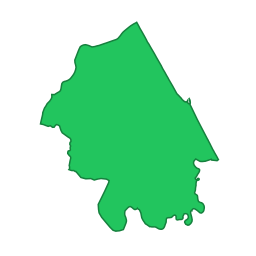 Sai Buri, Pattani, Thailand, rotated 354°
{"feature_id": "78962969B50948303321552", "entity_name": "Sai Buri", "entity_type": "district", "adm_level": 2, "iso_a3": "THA", "parent_name": "Thailand", "parent_adm1": "Pattani", "projection": "equal_earth", "projection_center": [101.61, 6.703], "detail": "fine", "context": "isolated", "style": "filled", "palette": "green", "viewbox_px": 256, "rotation_deg": 354, "n_neighbors": 0, "source": "geoboundaries", "source_scale": "gbopen_adm2", "svg_char_len": 5909}
<svg xmlns="http://www.w3.org/2000/svg" viewBox="0 0 256 256"><g transform="rotate(354 128 128)"><path d="M182.9,216.9L183.2,216.2L183.3,216.0L183.6,215.7L184.2,215.3L184.5,215.1L184.8,215.1L185.4,215.2L186.0,215.5L186.7,216.0L187.4,216.5L188.5,217.5L190.0,219.1L190.5,219.7L191.2,220.0L191.7,220.2L192.2,220.2L192.5,220.1L193.0,219.8L194.0,219.1L194.3,218.8L194.6,218.2L194.9,217.6L195.1,216.9L195.5,215.4L195.6,214.5L195.5,213.9L195.5,213.4L195.3,212.8L195.1,212.3L194.9,211.8L194.6,211.2L194.1,210.7L193.5,210.1L191.9,209.5L191.1,209.0L190.7,208.6L190.4,208.2L190.2,207.6L190.0,206.0L190.0,205.3L190.0,204.3L190.0,203.2L189.9,202.7L189.9,202.4L189.7,202.1L189.5,201.9L189.0,201.4L188.4,201.0L188.0,200.6L187.7,200.2L187.6,199.9L187.5,199.6L187.5,199.3L187.6,199.0L188.4,197.2L188.6,196.5L188.9,194.6L189.7,192.0L189.7,191.7L189.8,190.5L190.0,189.7L190.2,188.9L190.4,188.3L190.7,187.8L191.0,187.5L191.5,187.3L192.6,187.2L192.8,187.1L193.0,187.0L193.3,186.8L193.4,186.5L193.4,186.1L193.3,185.8L192.9,185.5L192.6,185.4L192.3,185.4L192.1,185.5L191.5,186.1L190.9,186.5L190.7,186.5L190.4,186.4L190.0,186.1L189.8,185.8L189.6,185.0L189.6,184.8L189.7,184.6L190.6,183.9L190.8,183.7L192.3,181.5L193.8,179.7L194.5,178.5L194.7,177.9L194.8,177.4L194.8,176.9L194.7,176.7L194.5,176.4L194.3,176.2L193.9,175.9L192.6,175.3L192.1,174.9L191.7,174.5L191.1,173.8L190.5,172.9L190.2,172.4L189.9,171.8L189.7,171.1L189.6,170.6L189.5,170.1L189.6,169.5L189.6,169.1L189.8,168.4L190.0,168.0L190.7,167.2L192.1,165.9L196.3,168.8L198.3,169.1L201.5,169.1L207.5,167.8L207.8,168.6L213.2,169.8L214.6,168.9L213.2,165.4L211.4,161.4L210.8,159.8L210.0,158.1L209.1,155.6L208.8,154.9L207.9,152.4L206.6,149.2L206.4,148.5L205.8,147.2L197.8,126.9L193.9,116.0L193.2,114.0L192.6,112.4L192.2,111.5L192.2,111.1L192.6,109.4L192.6,108.5L192.6,107.3L192.3,106.0L192.0,105.5L191.9,105.2L191.7,105.4L191.9,105.8L192.2,106.7L192.3,108.5L192.3,109.4L192.1,110.4L192.0,110.8L190.4,109.8L190.3,109.5L190.2,109.2L190.0,108.7L189.8,108.6L189.8,108.4L189.8,108.2L190.3,107.2L190.2,106.9L189.3,108.3L189.1,108.4L188.4,108.0L187.9,108.1L187.6,108.1L187.3,107.8L186.9,107.4L186.5,107.3L185.7,106.3L184.9,105.5L184.1,104.0L182.7,102.2L181.5,100.6L180.6,99.6L180.0,98.6L178.4,94.8L178.0,93.8L177.8,93.4L176.9,91.2L173.6,83.9L173.0,82.3L172.3,80.8L171.8,79.7L170.3,76.1L168.9,73.1L168.2,71.3L167.6,69.6L166.8,67.8L163.5,60.4L162.1,57.0L160.5,53.5L158.6,49.3L157.5,46.7L156.2,44.3L155.6,42.5L154.1,38.8L151.9,33.7L150.2,30.0L149.5,28.1L147.7,23.8L146.7,24.3L144.8,25.0L141.7,26.5L140.0,27.5L134.8,30.9L132.9,32.3L131.3,33.9L130.2,35.2L127.5,37.8L125.8,38.7L120.6,39.9L115.2,41.2L113.2,41.6L107.7,42.9L105.7,43.1L103.7,43.5L102.1,43.6L100.6,43.6L97.6,41.9L95.9,41.2L94.4,40.7L92.3,40.8L90.7,41.3L89.1,42.1L87.7,44.3L86.7,46.1L82.2,54.9L82.1,57.5L82.5,59.8L82.7,62.2L82.0,64.5L81.0,66.7L80.0,68.3L78.8,69.8L77.2,71.5L75.8,72.9L74.2,73.9L72.7,74.5L71.1,74.9L69.4,75.1L68.6,75.5L67.9,75.7L66.8,77.1L66.1,79.5L65.6,81.6L64.7,83.8L63.1,84.9L61.6,85.5L58.3,87.1L55.7,86.7L55.5,89.4L54.6,91.1L53.2,92.8L51.8,94.0L50.2,95.3L48.6,97.6L47.0,99.5L44.9,103.7L44.4,106.0L42.3,112.0L41.4,114.8L44.2,115.7L46.5,116.9L48.8,118.0L51.0,117.6L53.0,119.4L54.6,119.5L55.8,118.1L57.2,117.1L58.7,117.7L60.1,118.7L60.6,121.1L61.1,123.4L62.1,125.9L66.1,129.5L67.7,130.9L69.1,131.9L69.9,133.3L69.9,135.1L69.7,135.7L68.9,136.2L68.5,137.7L68.5,138.5L69.0,139.5L69.0,140.2L68.7,140.6L68.4,141.7L68.4,143.1L68.4,143.7L67.8,144.4L66.2,144.6L65.8,145.2L65.5,146.2L65.4,147.1L66.8,149.4L67.6,150.2L67.9,151.0L67.9,151.8L67.8,152.1L67.8,152.3L67.0,154.5L65.7,158.9L65.6,159.1L65.8,160.2L65.7,162.0L65.3,162.8L64.9,163.2L67.4,164.4L69.8,164.7L71.0,165.8L71.7,165.9L76.0,172.3L80.6,174.1L85.8,174.4L89.0,176.2L92.5,175.6L95.9,175.4L101.3,176.6L103.1,177.9L103.7,178.3L103.0,180.4L98.2,188.5L90.4,200.9L90.2,205.9L90.4,209.4L92.5,214.1L96.2,219.6L99.8,224.9L102.4,228.1L105.0,229.3L108.9,229.3L112.8,228.5L114.5,225.3L116.2,222.0L116.4,221.3L116.7,220.6L116.8,219.3L116.7,218.8L116.6,218.0L116.4,216.7L115.8,214.7L115.7,213.8L115.7,213.5L115.9,211.7L116.1,211.1L116.3,210.3L116.5,209.9L116.7,209.7L118.2,208.4L119.1,207.6L120.2,206.8L120.6,206.6L121.3,206.4L121.8,206.4L122.2,206.4L122.8,206.8L123.7,207.5L125.3,209.2L126.0,209.7L126.5,209.8L126.9,209.8L127.4,209.7L128.1,209.4L128.8,208.9L128.8,209.1L130.8,210.5L131.9,213.8L132.3,218.7L133.2,221.1L133.6,221.9L134.5,223.5L135.1,224.8L135.4,225.2L136.3,225.8L137.0,226.4L138.5,227.7L139.2,228.4L139.6,228.3L140.7,228.7L141.7,228.9L144.0,229.1L144.7,229.3L145.1,229.4L145.5,229.6L146.0,230.0L147.4,231.0L148.3,231.6L149.1,231.9L149.5,232.0L150.6,232.2L151.4,232.1L151.9,232.0L152.2,231.8L152.8,231.4L153.2,231.0L153.8,230.2L154.3,229.3L154.8,228.1L155.9,226.0L156.1,225.5L156.2,224.8L156.4,223.3L156.6,222.6L156.9,222.1L157.3,221.7L157.7,221.5L158.3,221.4L159.5,221.5L161.0,221.5L161.6,221.5L162.3,221.2L163.5,220.2L164.0,219.9L164.4,219.7L164.9,219.5L165.4,219.5L165.8,219.7L166.1,219.9L166.3,220.2L166.5,220.6L166.6,220.9L166.5,221.7L166.4,223.0L166.4,223.5L166.5,223.8L166.6,224.1L166.9,224.3L167.3,224.5L167.6,224.6L169.4,224.4L170.0,224.4L171.4,224.6L171.8,224.5L172.1,224.5L172.8,224.0L173.1,223.7L173.3,223.3L173.4,223.0L173.3,222.7L173.1,222.4L173.1,222.2L173.3,221.9L173.8,221.0L174.5,219.8L174.8,219.3L175.0,219.2L175.3,219.2L176.2,219.2L176.9,219.3L177.5,219.6L177.8,219.8L178.0,220.0L178.6,221.0L178.6,221.4L178.7,221.9L178.7,222.8L178.7,223.1L178.5,223.5L178.2,224.2L178.0,224.5L177.7,224.7L176.9,225.3L175.7,225.8L175.4,226.1L175.0,226.4L174.8,226.7L174.6,227.0L174.6,227.3L174.5,227.7L174.7,228.3L175.1,229.2L175.3,229.6L175.4,229.8L175.9,230.0L176.7,230.6L177.0,230.8L178.0,230.9L178.6,230.8L180.1,229.8L181.0,228.9L181.6,228.0L181.8,227.7L182.0,227.0L182.1,226.4L182.2,225.9L182.1,224.6L182.0,223.2L181.4,219.4L181.5,218.1L181.6,217.7L181.7,217.4L182.0,217.1L182.6,216.6L182.9,216.9Z" fill="#22c55e" stroke="#15803d" stroke-width="1.5"/></g></svg>